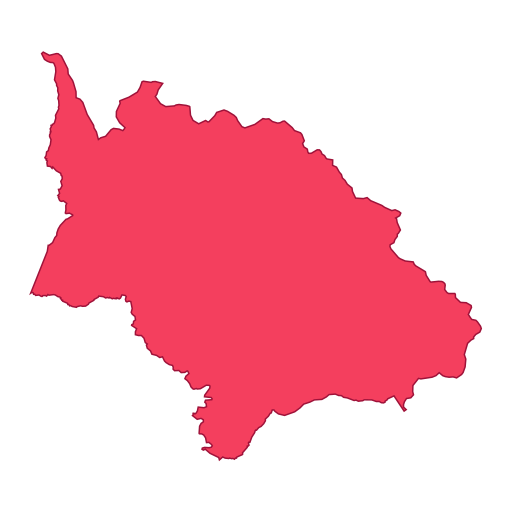 outline of Mufulira, Copperbelt, Zambia
{"feature_id": "96606910B37180348733704", "entity_name": "Mufulira", "entity_type": "district", "adm_level": 2, "iso_a3": "ZMB", "parent_name": "Zambia", "parent_adm1": "Copperbelt", "projection": "mercator", "projection_center": [28.196, -12.561], "detail": "fine", "context": "isolated", "style": "filled", "palette": "rose", "viewbox_px": 512, "rotation_deg": 0, "n_neighbors": 0, "source": "geoboundaries", "source_scale": "gbopen_adm2", "svg_char_len": 5924}
<svg xmlns="http://www.w3.org/2000/svg" viewBox="0 0 512 512"><path d="M58.5,189.4L59.6,193.4L57.8,195.6L58.9,196.3L58.3,197.2L59.4,200.0L60.3,201.0L61.8,201.4L63.3,200.8L66.7,203.4L65.8,205.5L65.9,210.0L65.3,213.0L66.0,213.6L69.5,213.2L72.6,214.8L72.7,215.6L67.5,218.9L66.0,219.3L60.3,225.4L58.2,229.0L56.9,232.9L56.7,235.5L54.9,237.6L52.6,242.6L49.1,245.3L48.2,245.3L47.3,251.4L30.7,293.2L31.9,292.4L33.0,292.6L33.6,294.3L34.7,294.2L35.6,295.4L39.0,295.0L41.3,296.4L42.3,296.4L42.8,295.6L45.3,295.5L46.6,296.1L47.9,294.5L48.9,295.2L53.5,294.6L55.2,294.9L58.0,296.7L59.8,297.0L60.8,297.8L60.4,298.6L61.3,299.2L61.8,300.3L62.6,300.3L62.7,301.2L67.5,303.3L67.8,304.5L68.7,304.5L69.7,305.9L70.5,305.6L72.2,306.5L76.5,307.3L77.1,306.6L80.6,305.8L82.5,306.3L85.6,306.1L88.4,304.2L89.0,303.0L93.9,300.3L94.0,299.5L98.2,297.2L98.7,296.1L103.4,296.7L105.7,298.0L107.2,297.5L109.1,298.0L109.6,297.4L112.3,298.8L113.3,298.3L115.3,298.7L116.0,298.2L116.1,298.7L116.7,298.7L117.3,298.0L119.2,298.9L120.4,298.1L122.0,294.9L125.3,295.5L126.2,296.5L125.4,299.3L125.9,301.3L126.9,301.9L129.0,301.1L130.8,301.6L132.2,308.6L131.2,312.4L132.3,314.3L135.0,316.5L135.5,319.9L133.6,321.3L133.3,323.9L131.8,324.6L131.6,325.4L136.6,328.7L135.4,331.8L135.4,334.7L138.4,335.5L141.4,335.5L144.0,338.2L145.3,342.6L147.3,344.0L146.4,345.1L147.3,348.3L150.5,350.9L151.9,354.2L156.6,355.4L159.7,357.5L162.5,356.8L164.5,361.0L166.1,362.6L169.3,364.6L172.5,365.4L173.2,367.1L173.1,369.2L174.6,370.7L178.9,370.5L181.2,372.6L184.8,372.4L187.2,370.9L187.9,371.3L188.9,373.6L185.9,376.2L184.9,378.7L187.4,380.6L189.7,383.7L191.0,386.9L192.8,388.8L193.9,389.2L196.3,388.5L197.2,389.0L200.4,388.7L206.3,385.2L209.4,385.4L210.0,386.1L209.8,388.1L204.7,395.2L204.5,396.8L211.2,397.5L212.1,398.8L211.8,399.7L205.5,400.2L204.8,402.2L206.1,403.5L206.5,406.7L204.0,407.7L198.2,407.1L197.4,411.0L196.0,413.2L194.9,413.9L194.0,413.2L193.1,413.3L193.1,415.0L192.5,415.6L197.2,419.3L201.0,418.4L203.3,419.7L203.4,421.8L201.1,423.4L199.6,426.2L199.1,433.3L199.4,433.8L201.7,433.9L203.7,435.0L205.6,437.9L206.5,442.6L208.9,442.4L211.4,444.4L212.3,445.8L211.3,447.2L209.1,447.7L204.5,447.4L202.3,448.1L202.0,449.3L203.4,450.1L205.3,449.2L210.0,453.3L218.7,457.5L219.4,459.9L222.7,457.0L225.1,458.1L228.8,458.5L229.6,458.1L231.8,458.7L232.9,458.4L234.5,459.2L235.4,458.1L236.5,458.1L236.9,457.0L242.2,454.7L242.7,454.1L242.5,452.8L247.2,447.4L247.3,446.1L248.1,446.1L249.0,445.2L248.4,442.9L248.7,442.3L249.9,442.3L251.8,437.1L254.6,432.7L255.1,430.9L255.6,430.1L256.5,430.2L258.7,427.6L261.1,426.4L263.7,423.7L265.4,420.8L265.3,419.1L268.4,416.2L270.2,413.3L271.3,412.9L272.2,410.0L273.9,409.9L274.9,411.3L278.4,413.9L284.6,415.4L294.7,411.8L300.0,407.9L303.7,404.1L309.9,402.1L314.4,399.9L321.9,399.4L326.4,396.9L329.0,394.6L335.3,394.1L338.7,395.5L341.4,395.6L343.6,397.3L347.3,397.9L354.1,400.5L356.0,400.1L358.3,401.2L362.7,400.7L364.3,399.8L371.8,399.9L376.3,401.5L379.3,401.5L381.3,402.7L383.5,402.9L385.0,402.2L385.1,401.2L387.1,399.9L387.7,398.8L394.0,395.9L404.1,411.1L406.2,409.6L403.6,407.1L403.5,404.7L404.4,401.8L406.5,398.5L410.8,397.8L413.5,394.8L412.7,391.7L412.9,385.5L418.5,378.4L420.9,378.9L432.1,377.2L436.0,375.6L439.2,372.7L442.8,375.7L445.3,376.6L449.1,377.2L453.1,376.9L456.6,377.9L461.6,374.5L463.1,372.5L465.1,366.9L465.8,359.1L464.3,354.6L467.6,343.3L471.1,340.0L473.7,338.6L473.6,337.0L475.8,334.4L479.8,332.1L481.3,328.6L480.5,326.2L477.4,321.8L475.9,320.3L471.6,319.4L468.3,314.5L471.5,307.4L471.1,305.5L466.2,302.7L460.5,302.4L455.5,297.6L455.3,294.2L454.8,293.5L448.6,293.5L447.0,292.6L444.7,289.5L445.2,285.1L444.8,283.6L443.3,282.2L441.8,281.5L438.6,281.3L430.9,282.1L430.1,281.6L426.2,275.4L425.4,271.7L415.8,265.9L414.3,264.4L413.2,261.9L405.2,261.0L400.2,258.8L398.4,257.6L390.9,248.9L389.9,246.4L390.2,244.7L393.9,242.7L394.9,239.6L397.3,236.4L397.3,234.1L398.3,233.4L400.4,230.0L397.2,222.6L396.5,218.6L395.7,218.0L399.7,215.7L400.8,213.1L398.9,211.5L395.1,209.8L391.8,210.6L384.7,207.4L381.8,205.4L370.7,200.7L367.1,197.6L363.4,198.6L355.6,198.1L352.5,191.5L352.0,188.0L347.3,184.2L345.0,180.4L342.4,178.0L341.4,174.5L339.3,172.1L336.5,167.1L332.6,165.4L332.7,159.9L327.1,159.0L326.2,158.4L324.5,155.6L322.0,154.0L321.0,151.6L319.5,149.9L317.2,149.8L311.3,153.3L308.6,153.3L307.8,151.9L307.3,149.1L303.9,146.9L302.6,143.6L304.3,140.8L301.9,134.5L300.5,132.8L294.5,130.6L292.2,127.6L284.6,121.1L283.0,121.2L280.0,122.8L277.6,123.1L272.5,121.6L268.9,118.8L265.7,119.1L262.9,118.6L254.9,124.4L244.9,127.9L241.9,126.7L237.6,120.6L236.3,117.5L234.0,115.3L227.5,111.3L224.0,110.0L216.7,112.4L214.8,115.7L208.9,121.8L207.8,121.9L205.6,120.5L198.7,123.8L193.0,120.4L190.5,115.2L189.8,106.7L189.3,106.3L186.2,105.4L179.0,104.5L176.0,105.0L174.4,105.9L165.7,106.6L160.5,103.7L155.3,96.5L156.9,94.2L158.2,89.9L162.7,83.4L155.3,81.5L152.5,81.7L151.2,82.4L143.3,81.2L142.0,81.8L140.1,87.4L137.4,92.1L128.9,97.2L120.0,100.7L119.7,101.3L120.2,103.3L116.4,111.5L116.3,116.9L119.7,122.8L125.0,127.6L124.0,129.3L122.8,130.6L119.1,129.1L113.5,128.4L111.1,129.7L105.6,136.3L100.7,137.8L98.4,139.5L96.4,131.9L94.0,127.9L93.6,125.3L87.2,114.5L82.8,102.4L80.0,99.2L76.1,97.7L76.0,91.7L73.4,82.7L72.5,80.4L68.2,74.0L67.8,68.9L61.4,56.1L58.1,53.7L56.4,53.6L49.4,55.3L43.2,52.1L41.6,53.6L44.5,59.4L47.3,61.2L50.3,62.4L52.9,62.6L53.9,63.3L55.5,67.3L55.8,71.7L54.5,79.8L56.6,83.8L56.6,85.5L57.8,87.8L57.7,90.9L58.8,94.7L57.9,98.3L58.7,100.7L59.0,105.4L58.4,107.2L58.8,108.8L55.5,115.3L55.8,118.1L54.6,122.4L53.8,123.7L52.3,124.4L52.2,125.2L51.0,125.4L51.3,126.8L50.2,128.8L50.9,131.8L50.2,132.0L50.4,133.2L49.6,134.9L49.6,136.5L51.0,139.7L50.3,144.7L48.8,148.0L48.3,150.6L46.6,151.9L46.1,155.6L44.9,157.6L45.6,158.8L46.6,158.8L46.3,160.3L47.4,161.0L46.9,162.7L47.4,166.1L50.5,166.5L52.1,168.4L52.8,167.0L56.3,170.8L60.7,173.3L61.2,175.5L62.1,176.2L62.2,178.9L60.8,181.4L62.1,185.7L60.3,189.1L58.5,189.4Z" fill="#f43f5e" stroke="#9f1239" stroke-width="1.5"/></svg>